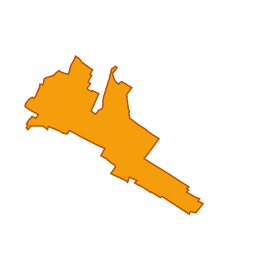 Chankom, Yucatán, Mexico (Equal Earth projection), rotated 298°
{"feature_id": "50627088B93169403456480", "entity_name": "Chankom", "entity_type": "district", "adm_level": 2, "iso_a3": "MEX", "parent_name": "Mexico", "parent_adm1": "Yucatán", "projection": "equal_earth", "projection_center": [-88.544, 20.463], "detail": "fine", "context": "isolated", "style": "filled", "palette": "amber", "viewbox_px": 256, "rotation_deg": 298, "n_neighbors": 0, "source": "geoboundaries", "source_scale": "gbopen_adm2", "svg_char_len": 5194}
<svg xmlns="http://www.w3.org/2000/svg" viewBox="0 0 256 256"><g transform="rotate(298 128 128)"><path d="M146.3,40.1L144.8,39.5L142.9,38.6L141.8,38.3L141.1,38.0L140.9,38.0L140.3,37.8L139.6,37.5L139.0,37.5L138.8,36.8L137.8,36.0L135.5,33.6L134.6,32.8L133.5,31.9L132.3,31.0L127.8,32.2L126.2,32.4L125.5,29.7L123.4,30.2L122.8,30.7L114.8,31.3L113.9,31.7L110.0,31.1L110.2,28.9L106.7,27.1L101.4,26.2L100.8,26.3L98.7,27.0L98.6,27.4L98.6,27.7L98.5,28.6L98.4,29.2L98.2,29.7L98.2,30.2L98.1,30.7L98.1,31.2L98.1,31.4L98.0,32.4L98.0,32.6L97.9,33.0L97.9,34.2L97.9,34.6L97.8,35.4L97.8,35.9L97.8,36.1L97.8,36.3L97.8,36.7L97.8,38.0L97.8,38.4L97.8,38.5L97.8,38.8L97.8,39.0L97.8,39.3L97.9,39.9L97.9,40.2L97.9,40.3L97.9,40.5L97.8,41.0L97.7,41.6L97.7,41.9L97.7,42.1L97.6,42.7L97.1,42.6L96.7,42.5L96.2,42.4L95.9,42.4L95.5,42.3L94.8,42.2L94.2,42.1L93.9,42.1L93.7,42.1L93.3,42.0L93.3,41.2L93.3,40.3L93.2,40.0L93.2,39.8L93.2,39.5L93.2,39.1L93.2,38.8L93.2,37.8L91.0,37.7L89.0,36.7L88.6,36.7L83.9,36.4L83.9,38.0L80.7,38.0L80.3,38.6L79.9,39.4L79.7,40.1L79.6,40.5L84.3,41.3L88.6,49.5L89.5,51.1L89.8,52.8L88.8,57.6L92.0,56.9L92.8,65.0L93.2,68.8L92.9,72.3L94.0,76.9L96.2,77.3L97.2,77.2L98.2,77.3L98.2,78.3L98.2,78.6L98.3,79.6L98.3,80.0L98.3,80.8L98.3,81.7L98.3,82.8L98.3,83.4L98.3,84.0L98.3,84.3L98.3,84.7L98.3,85.1L98.3,85.5L98.2,87.4L98.2,88.2L98.2,88.9L98.1,89.3L98.1,90.2L98.1,91.4L98.1,92.1L98.1,92.3L98.1,93.1L98.2,93.8L98.2,94.6L98.2,95.2L98.2,95.5L98.3,96.4L98.3,96.8L98.3,97.3L98.3,97.7L98.3,98.3L98.3,98.5L98.3,99.0L98.4,101.5L98.4,102.1L98.4,102.7L98.4,103.6L98.4,104.4L98.4,105.7L98.4,106.8L98.4,107.1L98.5,108.6L98.5,109.2L98.6,110.2L98.7,111.8L98.8,112.9L98.9,113.9L98.9,115.0L99.0,115.4L99.2,117.1L90.8,117.1L90.7,123.3L89.3,129.3L89.0,133.6L87.9,135.2L79.7,134.2L79.7,134.4L79.7,134.7L79.7,134.8L79.7,135.2L79.7,135.5L79.7,136.2L79.7,136.5L79.7,136.9L79.8,137.2L79.8,137.5L79.8,137.8L79.8,138.3L79.8,138.7L79.9,139.0L79.9,140.0L80.0,140.7L80.0,141.3L80.0,141.5L80.1,142.5L80.1,143.0L80.1,143.3L80.2,143.7L80.2,143.9L80.2,144.3L80.2,144.5L80.2,145.0L80.2,145.6L80.3,146.6L80.3,146.9L80.3,147.2L80.4,147.7L80.4,148.4L80.4,148.6L80.5,149.3L80.5,149.5L80.5,150.2L80.5,150.5L80.5,150.8L80.4,151.3L80.3,151.6L80.2,152.0L79.9,152.7L79.8,153.1L85.3,152.3L85.7,160.5L82.7,159.6L82.4,164.4L82.7,164.5L82.6,169.6L81.8,178.1L82.5,178.2L82.3,180.1L81.8,189.4L83.6,190.2L82.4,203.3L81.9,208.5L80.7,222.6L81.6,222.3L83.7,222.5L84.8,227.7L96.5,229.8L96.3,224.1L99.2,224.4L98.7,221.7L98.5,220.4L98.9,209.8L101.7,210.7L102.2,208.2L103.1,208.8L103.5,209.0L103.8,209.1L104.6,209.5L105.1,202.6L105.2,201.5L106.5,185.7L107.9,164.5L108.6,156.6L119.9,158.5L133.1,160.4L133.7,152.1L134.2,147.9L135.2,143.6L135.6,136.2L137.6,124.5L139.4,123.8L140.8,122.0L142.2,121.8L142.7,121.7L143.1,121.6L144.1,120.3L144.8,119.6L145.5,119.0L146.0,118.6L147.7,117.4L148.4,117.0L149.5,116.0L149.9,115.9L150.6,115.6L152.8,113.5L155.0,112.6L155.7,112.1L156.6,111.1L164.0,112.2L165.4,112.5L166.0,100.6L164.3,99.6L162.2,99.0L162.6,97.4L162.8,96.8L163.1,95.3L163.9,93.8L164.2,93.4L164.8,92.8L165.3,92.2L167.1,90.3L168.9,88.6L169.0,88.7L173.6,89.7L175.0,89.9L176.4,89.9L176.3,87.6L174.1,86.9L172.6,85.9L172.2,85.9L171.8,86.2L170.2,86.2L169.2,86.8L165.8,87.4L163.4,88.3L162.2,88.6L160.5,88.6L160.1,88.8L158.5,89.0L157.8,89.2L153.8,90.0L153.0,90.1L152.9,90.1L152.4,90.2L151.9,90.3L150.2,90.7L147.1,91.3L146.2,91.5L145.2,91.6L143.4,92.0L140.8,93.0L140.2,93.3L139.7,93.4L139.0,93.6L138.2,94.2L137.1,94.9L133.4,96.1L132.6,95.8L129.8,93.7L125.0,93.0L125.1,91.5L125.3,90.6L125.4,89.2L125.6,88.0L125.6,87.5L135.0,86.8L144.6,86.1L144.4,81.7L144.4,80.8L144.4,80.1L144.3,78.9L143.3,79.0L143.1,73.9L144.0,73.6L144.9,73.4L146.6,73.7L147.5,73.9L148.4,73.8L149.7,73.9L149.7,73.3L149.8,71.5L149.8,71.3L150.9,71.2L153.2,71.1L155.0,71.2L157.4,71.3L157.3,69.7L157.3,69.4L159.6,69.3L160.1,69.3L160.6,69.3L161.5,69.3L162.5,69.4L162.8,69.4L162.8,68.5L162.9,67.6L163.0,66.7L163.0,66.4L163.1,66.1L163.1,65.8L163.2,65.6L163.2,65.4L163.2,64.9L163.3,64.4L163.3,64.2L163.4,63.8L163.4,63.2L163.5,62.8L163.5,62.5L163.6,61.9L163.7,61.5L163.7,61.2L163.8,61.0L163.8,60.8L163.8,60.6L163.9,60.3L163.9,60.0L164.0,59.4L164.1,59.1L164.1,58.8L164.2,58.5L164.2,58.0L164.3,57.7L164.2,57.0L164.2,56.8L164.3,56.7L164.5,56.3L164.6,56.2L164.8,55.7L165.0,55.3L165.1,55.1L165.2,54.9L165.4,54.4L165.5,54.1L165.7,53.9L165.8,53.7L165.9,53.4L166.1,53.0L166.2,52.7L166.4,52.1L166.5,51.8L166.5,51.4L166.6,51.2L166.6,50.8L166.6,50.3L166.6,49.8L166.6,49.6L166.6,49.4L166.6,49.1L166.7,48.5L166.8,48.1L166.8,47.9L166.5,47.9L166.4,48.0L165.9,48.0L165.5,48.1L165.2,48.1L164.7,48.2L164.2,48.3L164.0,48.2L163.7,48.3L163.4,48.4L163.1,48.4L162.8,48.4L162.5,48.4L162.3,48.4L162.0,48.4L161.3,48.4L161.0,48.3L160.8,48.3L160.6,48.3L160.2,48.3L159.9,48.3L159.7,48.3L159.3,48.3L159.0,48.3L158.7,48.3L158.4,48.3L158.0,48.2L157.7,48.3L157.2,48.3L156.9,48.3L156.7,48.2L156.3,48.3L156.1,48.3L154.9,48.5L153.8,48.7L153.0,49.0L147.3,50.2L147.2,49.0L147.1,48.6L147.0,48.0L146.8,47.6L146.8,47.3L146.7,47.0L146.6,46.7L146.5,46.2L146.4,45.8L146.2,45.0L146.2,44.7L146.1,43.8L146.1,43.3L146.1,43.2L146.0,42.8L146.0,42.6L146.0,42.3L146.1,41.9L146.1,41.6L146.2,41.0L146.3,40.1Z" fill="#f59e0b" stroke="#b45309" stroke-width="1.5"/></g></svg>